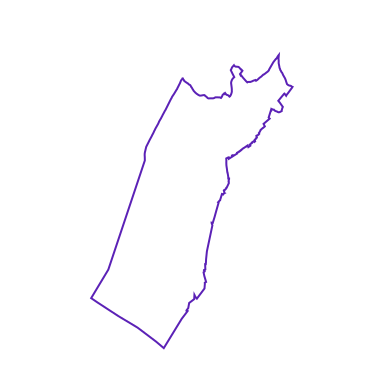 Heemskerk, Noord-Holland, Netherlands (Equal Earth projection), rotated 288°
{"feature_id": "6326949B56112339503679", "entity_name": "Heemskerk", "entity_type": "district", "adm_level": 2, "iso_a3": "NLD", "parent_name": "Netherlands", "parent_adm1": "Noord-Holland", "projection": "equal_earth", "projection_center": [4.68, 52.51], "detail": "fine", "context": "isolated", "style": "outline", "palette": "violet", "viewbox_px": 384, "rotation_deg": 288, "n_neighbors": 0, "source": "geoboundaries", "source_scale": "gbopen_adm2", "svg_char_len": 5666}
<svg xmlns="http://www.w3.org/2000/svg" viewBox="0 0 384 384"><g transform="rotate(288 192 192)"><path d="M323.0,255.1L323.0,254.5L323.4,253.6L323.5,252.9L323.3,251.7L323.4,250.8L323.5,250.4L323.6,249.9L323.9,249.3L324.0,249.0L326.0,247.5L327.6,246.4L328.1,245.9L328.6,245.6L329.6,244.5L330.3,243.7L330.9,243.1L331.3,242.6L331.9,242.1L333.1,241.0L333.3,240.8L333.6,240.2L334.0,239.7L334.7,239.1L335.4,238.2L336.4,237.6L336.6,237.4L337.1,236.9L338.3,236.3L340.8,234.9L341.3,234.6L342.3,234.3L343.9,233.8L345.4,233.1L349.2,232.2L348.4,231.9L346.9,231.5L345.0,231.1L344.8,231.0L344.6,230.7L341.3,229.5L340.4,229.2L332.4,227.5L331.5,227.5L331.1,227.3L330.9,227.3L330.6,227.1L330.0,226.9L329.7,226.6L329.2,226.3L328.9,226.1L328.3,225.6L327.7,225.3L325.8,223.9L325.8,223.7L325.6,223.5L325.2,223.3L324.9,223.1L323.3,222.3L322.5,221.7L321.4,220.9L319.0,219.6L318.3,219.1L317.6,218.5L317.9,218.1L318.0,217.8L318.1,217.7L317.3,216.6L316.8,215.9L315.8,214.9L314.8,213.6L314.6,213.3L314.4,212.4L313.9,211.1L313.6,210.7L313.4,210.6L314.1,209.2L315.1,207.5L316.4,205.3L318.5,202.2L318.1,202.1L319.0,201.2L321.0,201.9L322.9,202.5L323.8,201.0L323.6,200.7L324.9,198.6L325.1,198.2L325.2,197.9L325.3,197.5L325.3,197.2L325.2,196.8L324.8,195.0L324.7,194.6L324.8,194.2L324.9,193.8L325.0,193.4L325.2,193.0L325.5,192.7L323.0,191.6L322.3,191.5L321.5,191.5L320.0,191.2L319.9,191.2L317.0,194.0L314.3,196.7L313.4,196.2L313.0,196.0L312.1,195.6L311.1,195.4L310.7,195.3L310.1,195.3L308.8,195.3L308.2,195.4L307.5,195.6L303.5,197.5L302.1,198.1L300.5,198.6L299.7,198.9L298.5,199.0L297.7,199.0L297.0,199.0L296.2,198.9L294.8,198.6L294.6,198.3L294.3,198.1L294.9,197.1L295.1,196.7L295.1,196.1L295.2,195.6L295.1,195.1L295.2,194.6L295.6,194.0L296.3,193.0L295.5,192.8L295.7,192.5L295.8,192.4L295.8,192.2L295.4,192.0L293.9,191.2L293.6,191.1L292.9,191.1L292.2,191.0L291.6,190.9L291.2,190.8L290.4,190.5L290.5,189.6L290.6,189.3L289.3,185.1L289.2,184.9L288.9,184.7L288.4,184.2L288.1,183.9L287.9,183.6L287.5,182.9L287.3,182.3L286.8,180.6L286.6,180.1L286.3,179.3L286.1,178.8L286.1,178.5L286.1,178.4L286.3,177.6L286.8,176.8L287.4,175.2L287.5,174.8L287.6,174.7L287.9,174.2L288.0,174.0L287.6,172.8L286.5,170.8L286.2,170.0L286.1,169.6L286.1,169.4L286.2,168.7L286.3,167.9L286.6,167.2L286.8,166.3L286.8,166.2L287.7,164.1L288.1,163.5L288.4,162.9L288.8,162.2L289.5,161.5L289.7,161.3L289.9,160.9L290.8,160.0L291.2,159.5L291.5,159.1L291.7,158.9L291.8,158.6L292.6,157.9L293.0,157.4L293.1,157.1L293.2,156.9L293.2,156.4L293.3,156.0L293.5,155.4L293.9,154.9L294.0,154.3L294.3,153.2L294.6,152.1L294.9,151.4L295.0,150.9L295.3,150.2L296.0,149.6L296.1,149.4L296.4,148.9L296.5,148.6L296.8,148.4L297.1,148.3L297.2,148.2L297.1,147.9L296.8,147.9L296.1,147.6L294.6,147.1L291.6,146.9L289.9,146.6L287.7,146.3L286.8,146.1L285.4,146.0L284.1,145.6L283.6,145.5L279.7,144.6L277.3,143.9L276.1,143.6L274.9,143.5L274.2,143.3L272.4,143.0L263.0,141.6L261.7,141.4L260.2,141.0L259.3,140.9L256.1,140.3L255.2,140.2L253.0,139.8L252.7,139.8L250.6,139.3L248.6,138.9L248.1,138.9L247.2,138.8L246.8,138.8L243.3,138.1L240.9,137.6L239.8,137.5L238.2,137.2L237.0,137.1L234.9,136.8L234.4,136.6L233.8,136.6L232.5,136.4L228.1,135.6L226.0,135.3L221.5,134.6L220.8,134.5L218.2,134.7L216.0,134.9L215.5,134.9L213.7,135.2L212.4,135.6L210.6,136.3L207.4,137.4L207.1,137.4L92.3,136.4L59.9,128.9L57.7,136.4L51.2,160.4L46.2,182.1L38.6,204.1L34.8,213.4L68.2,221.4L77.4,224.6L77.5,223.4L77.9,223.4L80.4,224.3L85.6,223.6L90.8,227.2L94.9,226.1L94.5,226.5L93.7,227.2L93.4,227.6L92.7,228.6L92.1,229.6L104.1,233.7L108.3,232.7L109.7,232.2L110.8,233.2L115.9,229.7L119.2,227.8L120.4,228.6L120.6,228.6L121.0,228.4L121.1,228.2L121.2,227.6L121.3,227.5L121.5,227.5L122.5,228.6L127.4,226.8L127.6,227.4L129.4,227.0L132.3,226.2L140.2,224.5L166.6,221.7L168.6,220.2L168.9,220.1L169.0,221.3L175.2,221.2L181.7,220.9L190.1,220.6L190.3,220.0L192.6,221.0L192.8,221.3L193.2,221.2L195.0,221.2L199.4,221.1L199.4,221.3L199.2,222.3L200.0,222.5L200.7,223.1L200.7,222.9L201.5,223.0L203.3,221.8L203.9,222.1L203.8,222.4L205.0,223.1L206.3,223.5L206.6,223.6L206.8,223.4L207.2,223.7L211.9,224.3L212.6,223.9L213.2,223.6L213.3,223.7L213.7,223.4L215.7,223.3L216.3,223.1L216.1,222.4L216.6,222.3L216.7,222.1L216.9,222.1L217.0,222.1L219.2,221.0L219.4,220.9L219.7,220.7L220.4,220.4L220.6,220.2L221.1,219.9L221.3,219.9L221.9,219.5L221.9,219.4L222.5,219.1L224.5,218.2L227.3,216.8L228.2,216.4L230.4,215.6L232.7,214.9L232.9,214.8L234.5,214.2L235.8,215.5L235.7,215.6L236.2,216.2L235.0,216.8L235.8,217.5L236.0,217.6L238.0,219.3L239.0,218.7L239.6,219.4L238.9,220.0L242.6,223.1L243.2,222.7L244.9,224.2L245.0,224.2L245.4,224.6L246.5,225.3L246.5,225.5L247.0,225.8L246.9,225.8L247.2,226.0L247.4,225.9L248.0,226.3L248.9,226.9L250.1,227.9L251.8,229.2L251.7,229.2L251.7,229.3L253.5,230.6L252.1,231.7L253.4,232.7L254.1,233.2L255.1,232.4L257.1,233.9L257.4,233.8L257.4,233.7L257.5,233.6L259.8,235.3L259.0,235.9L259.7,236.4L260.0,236.2L261.0,235.5L262.5,236.4L262.8,236.2L263.8,236.9L265.0,236.0L266.4,237.0L266.4,236.9L266.6,237.1L266.8,237.3L267.2,237.6L267.8,237.6L268.2,237.9L268.8,237.4L269.4,237.6L270.4,237.9L271.4,238.0L272.1,238.2L272.3,238.1L274.8,239.6L274.9,239.8L276.9,241.0L278.9,239.0L285.8,243.2L286.5,241.9L286.8,241.9L295.1,241.8L294.8,242.2L295.1,242.2L295.4,242.3L295.5,242.4L295.5,243.1L295.4,243.8L295.6,244.4L295.5,244.5L295.0,245.7L294.8,246.1L294.8,248.0L294.6,248.6L294.6,249.9L294.8,250.3L295.3,250.9L295.6,251.3L296.1,251.7L296.7,252.3L297.2,252.1L297.5,252.1L298.8,252.0L300.0,252.0L301.0,252.1L301.8,251.0L304.5,247.4L304.6,247.1L305.4,245.9L314.0,249.3L314.2,249.5L312.6,251.8L313.7,252.0L315.5,252.7L316.1,252.9L321.8,254.8L322.5,255.0L323.0,255.1Z" fill="none" stroke="#5b21b6" stroke-width="2"/></g></svg>